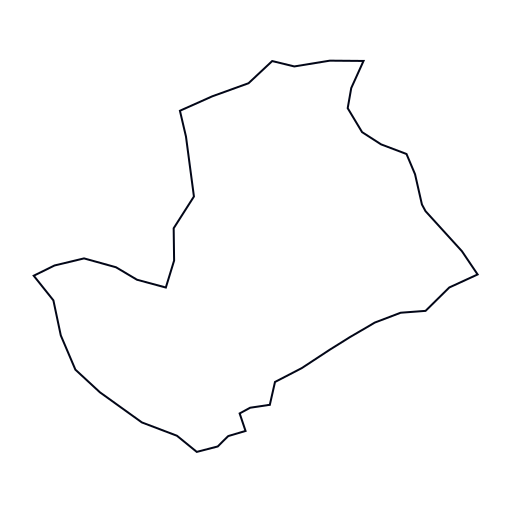 the district of Ngourkosso, Logone Occidental, Chad, rotated 91°
{"feature_id": "50815135B58104899779962", "entity_name": "Ngourkosso", "entity_type": "district", "adm_level": 2, "iso_a3": "TCD", "parent_name": "Chad", "parent_adm1": "Logone Occidental", "projection": "mercator", "projection_center": [16.377, 8.968], "detail": "fine", "context": "isolated", "style": "outline", "palette": "ink", "viewbox_px": 512, "rotation_deg": 91, "n_neighbors": 0, "source": "geoboundaries", "source_scale": "gbopen_adm2", "svg_char_len": 869}
<svg xmlns="http://www.w3.org/2000/svg" viewBox="0 0 512 512"><g transform="rotate(91 256 256)"><path d="M279.6,477.9L303.9,457.8L338.8,449.8L372.8,434.6L395.0,409.7L424.4,367.2L437.1,331.9L452.9,311.8L447.1,290.9L442.2,286.2L436.7,280.8L436.3,279.9L431.1,263.4L413.7,269.6L407.8,259.2L405.1,242.8L405.0,242.2L404.9,242.0L404.6,239.6L381.6,234.8L367.3,208.3L348.4,180.6L337.7,164.1L336.0,161.5L335.9,161.4L329.1,150.2L327.5,147.5L320.5,136.1L310.2,110.4L307.9,85.5L284.1,62.2L270.6,34.1L247.6,50.2L208.2,87.3L201.6,91.0L176.4,97.2L171.5,98.4L151.4,107.3L142.2,132.9L130.3,152.1L106.6,166.9L86.4,163.7L78.1,160.1L59.1,151.9L59.4,185.6L65.8,221.0L60.8,243.2L83.4,266.5L97.1,302.5L112.1,334.6L137.8,328.1L197.6,319.1L229.7,338.8L262.0,337.8L289.1,345.6L281.8,374.6L269.7,395.8L261.4,427.9L269.0,457.3L279.6,477.9Z" fill="none" stroke="#020617" stroke-width="2"/></g></svg>